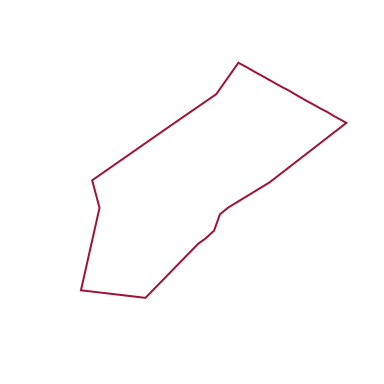 Marizópolis, Paraíba, Brazil (Natural Earth projection), rotated 34°
{"feature_id": "56859067B22509587419183", "entity_name": "Marizópolis", "entity_type": "district", "adm_level": 2, "iso_a3": "BRA", "parent_name": "Brazil", "parent_adm1": "Paraíba", "projection": "natural_earth1", "projection_center": [-38.326, -6.828], "detail": "fine", "context": "isolated", "style": "outline", "palette": "rose", "viewbox_px": 384, "rotation_deg": 34, "n_neighbors": 0, "source": "geoboundaries", "source_scale": "gbopen_adm2", "svg_char_len": 531}
<svg xmlns="http://www.w3.org/2000/svg" viewBox="0 0 384 384"><g transform="rotate(34 192 192)"><path d="M154.9,335.6L212.6,305.8L226.0,231.7L229.3,222.7L231.9,211.7L227.6,194.8L230.8,184.4L237.3,170.3L246.3,150.6L251.0,140.4L281.3,48.4L275.2,48.9L268.2,49.6L259.8,50.0L251.0,51.0L244.7,51.5L237.9,52.2L228.9,52.9L221.9,53.4L215.4,53.7L209.4,54.5L203.0,55.1L194.0,55.8L183.4,56.7L176.0,57.4L168.6,57.9L158.2,58.9L157.4,97.3L137.5,148.0L102.7,238.1L124.2,256.9L154.9,335.6Z" fill="none" stroke="#9f1239" stroke-width="2"/></g></svg>